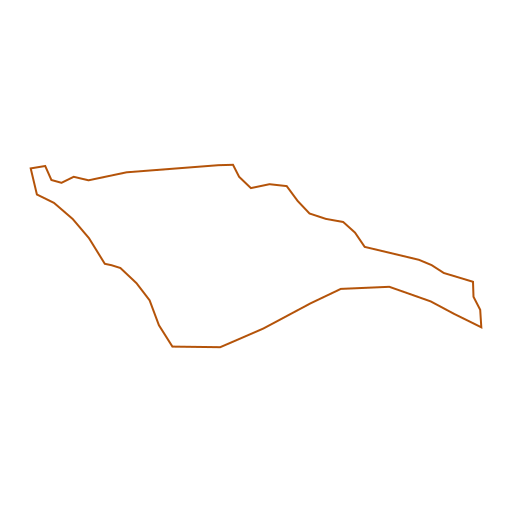 outline of Pallisa
{"feature_id": "UGA-3076", "entity_name": "Pallisa", "entity_type": "District", "adm_level": 1, "iso_a3": "UGA", "parent_name": "Uganda", "parent_adm1": "", "projection": "natural_earth1", "projection_center": [33.743, 1.214], "detail": "fine", "context": "isolated", "style": "outline", "palette": "amber", "viewbox_px": 512, "rotation_deg": 0, "n_neighbors": 0, "source": "natural_earth", "source_scale": "10m", "svg_char_len": 656}
<svg xmlns="http://www.w3.org/2000/svg" viewBox="0 0 512 512"><path d="M54.0,202.9L36.9,194.5L30.7,168.4L45.2,166.0L51.4,180.0L61.5,182.8L73.7,176.8L88.5,180.3L126.6,172.3L218.3,165.2L233.0,164.8L239.1,176.8L250.9,188.1L269.5,184.2L286.7,186.1L297.6,200.9L309.5,213.5L325.9,218.9L343.2,222.0L355.0,232.6L364.7,246.9L418.9,259.8L431.6,265.1L443.8,273.0L473.0,281.8L473.5,296.8L480.2,309.8L481.3,327.3L454.1,313.9L430.7,301.4L389.3,286.8L340.8,288.9L310.2,303.5L263.4,328.5L220.2,347.2L172.4,346.6L158.9,325.2L149.6,300.3L136.5,283.2L120.4,268.0L111.5,265.2L104.8,263.8L89.0,238.2L72.7,219.0L54.0,202.9Z" fill="none" stroke="#b45309" stroke-width="2"/></svg>